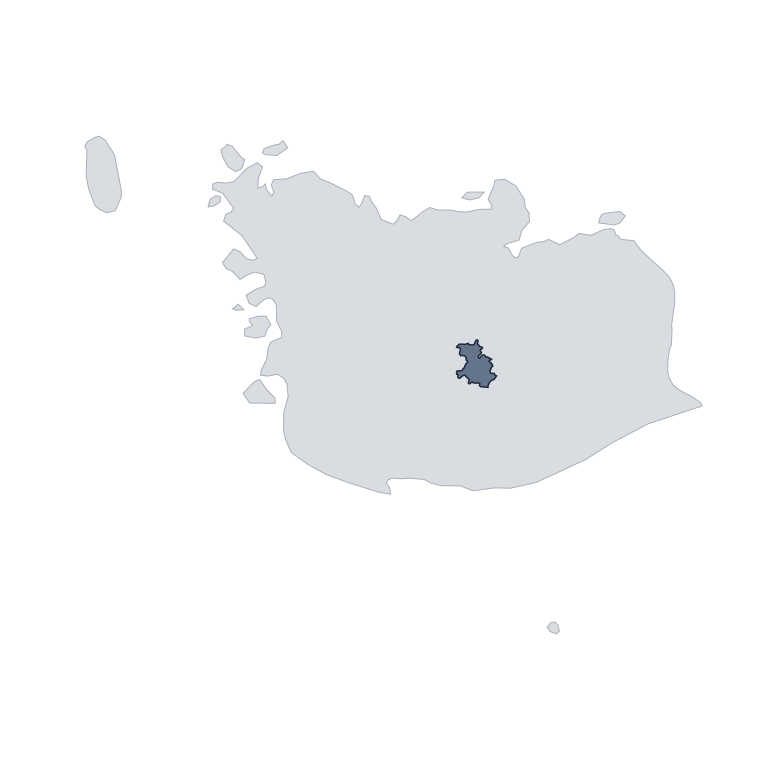 Mungyeong-si, North Gyeongsang, South Korea shown in context, rotated 95°
{"feature_id": "91817680B43065782555772", "entity_name": "Mungyeong-si", "entity_type": "district", "adm_level": 2, "iso_a3": "KOR", "parent_name": "South Korea", "parent_adm1": "North Gyeongsang", "projection": "orthographic", "projection_center": [128.138, 36.686], "detail": "fine", "context": "in_parent", "style": "filled", "palette": "slate", "viewbox_px": 768, "rotation_deg": 95, "n_neighbors": 0, "source": "geoboundaries", "source_scale": "gbopen_adm2", "svg_char_len": 5049}
<svg xmlns="http://www.w3.org/2000/svg" viewBox="0 0 768 768"><g transform="rotate(95 384 384)"><path d="M216.1,163.4L219.0,161.2L219.3,158.0L219.4,147.5L227.7,140.3L239.5,125.5L245.3,117.4L251.8,109.8L259.3,104.8L266.7,102.4L278.2,101.5L300.3,102.6L304.6,101.8L320.0,101.1L323.6,102.4L334.8,103.3L347.2,102.4L353.4,100.2L359.2,96.4L364.2,89.6L369.4,77.0L374.9,67.1L378.1,65.2L400.9,117.9L422.8,151.9L441.6,176.4L468.7,223.6L476.8,249.0L477.8,264.7L482.6,286.3L478.9,298.8L480.3,318.3L478.7,328.4L475.6,335.8L475.6,350.1L476.8,357.6L477.0,367.7L479.2,371.6L482.3,373.1L487.2,369.3L493.2,367.7L492.3,379.8L485.4,410.6L479.4,433.1L470.9,452.7L460.1,470.6L446.9,477.7L437.6,480.3L419.8,481.3L405.0,478.4L392.3,480.6L387.2,484.4L383.5,490.7L386.3,500.6L385.9,507.8L380.5,507.3L369.7,503.1L357.7,502.5L352.1,500.4L346.5,490.0L340.8,490.4L330.7,496.5L315.4,497.9L310.0,501.2L308.1,505.5L310.3,511.0L318.0,518.2L315.4,525.4L307.3,529.0L300.9,520.0L296.9,511.3L292.3,510.7L285.3,513.2L283.8,522.6L287.0,529.1L292.4,536.6L284.8,545.1L282.7,551.2L277.2,555.5L262.6,545.6L264.8,538.7L271.2,532.1L272.1,525.2L270.0,521.1L248.8,538.3L235.7,558.0L228.8,556.4L225.9,551.3L221.9,549.2L207.7,561.7L205.0,571.8L199.8,572.1L197.6,567.8L197.6,558.6L195.3,550.9L181.0,539.3L174.6,529.4L178.3,523.9L190.3,527.1L199.9,526.9L198.1,522.2L195.0,519.9L201.4,517.4L206.8,512.1L202.4,510.6L195.6,513.6L190.1,511.9L188.1,499.0L181.5,485.6L178.2,472.7L185.1,465.4L188.7,454.0L195.2,437.5L198.4,432.1L207.0,428.4L210.1,424.1L205.5,421.8L198.0,419.7L198.2,414.9L203.4,412.4L209.2,407.2L220.4,400.9L224.0,388.8L220.8,385.7L214.0,382.7L215.6,376.6L218.5,372.0L217.5,369.1L209.5,361.1L204.2,353.8L206.0,345.6L204.9,333.2L205.8,322.8L205.6,317.1L201.8,304.3L200.3,291.5L195.1,293.3L190.8,296.4L176.0,291.6L171.3,291.2L169.5,281.7L175.1,270.1L188.0,260.1L195.3,258.9L200.8,254.5L209.4,253.2L219.6,260.4L228.8,261.9L233.7,274.0L236.8,276.6L237.5,272.2L245.0,267.1L246.9,263.2L245.3,261.0L236.8,258.8L229.3,243.7L228.3,237.2L225.6,232.9L229.9,221.0L221.3,207.3L217.0,202.9L217.8,190.6L213.4,182.8L210.9,178.4L209.4,171.0L210.8,167.7L214.8,166.5L216.1,163.4ZM177.7,700.2L173.2,702.8L169.1,701.1L168.0,699.9L163.2,693.0L161.9,689.5L165.4,683.0L179.2,672.4L214.5,662.5L220.9,662.1L234.7,666.8L237.6,675.2L234.9,682.5L231.7,687.3L215.4,695.2L202.8,698.9L177.7,700.2ZM414.7,516.2L405.6,523.5L393.3,513.8L390.3,508.4L399.7,500.5L407.5,491.4L412.7,490.8L414.7,516.2ZM349.3,515.5L348.3,527.0L341.4,527.6L337.3,520.1L333.0,523.8L330.7,523.8L327.3,514.6L326.7,507.4L334.8,501.9L339.7,505.2L346.7,506.9L349.3,515.5ZM171.0,565.0L164.7,566.7L161.3,562.5L158.9,561.4L160.3,556.1L170.7,545.8L172.7,542.3L182.0,544.6L185.4,550.2L181.0,558.6L171.0,565.0ZM205.5,168.5L204.8,184.1L199.6,183.4L196.2,181.7L194.7,178.7L191.5,164.1L195.5,158.2L203.1,163.1L205.5,168.5ZM165.8,522.4L164.5,525.2L160.2,524.2L156.1,516.0L154.4,509.6L150.2,505.9L157.2,500.5L165.7,510.7L165.8,522.4ZM193.2,315.1L191.8,322.7L185.6,317.6L184.1,300.8L190.4,305.8L193.2,315.1ZM616.3,196.5L612.1,200.2L607.0,196.8L606.3,193.1L608.8,189.8L614.9,187.7L617.8,190.4L616.3,196.5ZM221.5,569.0L223.0,574.6L215.2,573.4L211.1,568.0L211.7,563.4L216.4,562.8L221.5,569.0ZM323.4,537.9L322.3,541.6L317.4,536.0L322.3,530.0L323.4,537.9Z" fill="#d9dde1" stroke="#a8b0b8" stroke-width="1"/><path d="M350.0,279.0L349.0,280.9L348.9,282.0L347.9,283.1L348.4,284.6L347.9,285.1L347.0,285.8L346.4,286.5L346.4,287.8L346.8,288.9L348.0,289.7L349.1,290.3L349.9,291.4L349.5,292.2L348.0,292.4L346.6,291.4L345.1,290.0L343.8,289.7L343.6,290.4L342.3,291.1L341.1,290.7L340.4,289.4L339.2,289.0L338.6,289.7L338.6,291.5L337.4,292.5L336.5,293.9L335.6,294.4L334.2,294.1L332.9,294.1L331.9,294.7L332.3,296.0L333.7,296.7L335.5,297.2L336.2,297.4L337.2,298.3L337.4,300.2L337.4,301.6L337.1,303.2L336.2,303.5L336.9,305.4L337.5,307.1L337.5,308.2L337.5,309.6L337.5,310.6L337.8,312.5L339.0,313.5L340.1,314.7L341.1,314.9L341.4,313.5L341.2,312.1L342.0,311.1L343.4,310.9L345.4,311.3L347.3,311.5L349.0,310.2L348.8,307.5L349.1,305.7L350.4,304.6L351.7,304.6L353.3,303.9L354.2,302.7L355.3,302.9L356.2,303.7L357.0,304.2L358.4,304.9L360.1,305.2L361.3,305.7L361.6,306.6L362.8,306.9L363.8,307.5L364.1,308.8L364.4,310.7L364.6,312.3L365.6,312.7L367.3,312.6L367.9,312.5L368.3,311.1L369.3,311.1L370.0,311.2L371.3,310.8L371.8,309.5L371.2,308.4L370.2,307.4L368.9,306.4L368.4,305.2L368.3,303.9L369.4,303.1L370.5,301.7L371.5,300.5L372.2,299.4L373.1,299.3L374.1,300.0L376.0,300.0L376.4,298.8L375.5,297.7L374.6,297.1L374.2,295.9L375.0,295.3L375.1,294.4L375.1,292.7L374.9,291.4L374.8,289.9L375.0,288.7L376.3,288.7L377.4,288.7L378.3,287.3L378.3,286.4L378.3,285.9L378.3,285.1L378.3,280.2L378.1,280.3L375.9,280.0L373.5,279.1L372.5,278.5L371.1,277.1L370.5,276.1L369.8,274.8L368.9,274.1L366.1,272.6L365.9,273.1L365.6,274.0L364.8,274.5L363.8,275.2L363.9,276.6L364.1,277.7L363.8,278.8L362.3,279.4L361.2,279.6L360.0,278.8L359.1,278.9L358.0,278.3L356.7,277.2L355.0,277.9L355.3,278.4L353.6,279.1L353.1,280.2L352.2,281.4L351.1,281.1L350.8,279.9L350.0,279.0Z" fill="#64748b" stroke="#1e293b" stroke-width="1.5"/></g></svg>